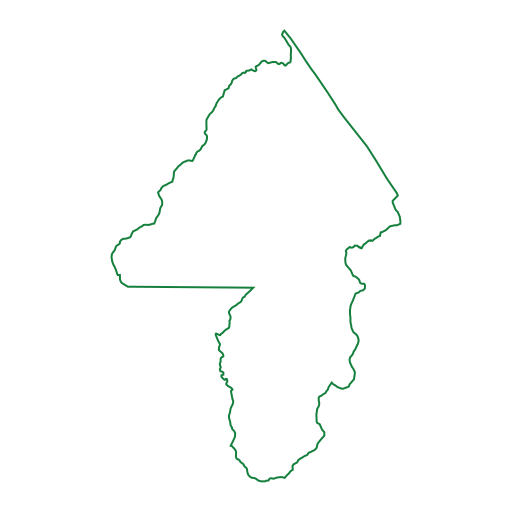 Matina, Limón, Costa Rica (Natural Earth projection)
{"feature_id": "36466004B83376986375247", "entity_name": "Matina", "entity_type": "district", "adm_level": 2, "iso_a3": "CRI", "parent_name": "Costa Rica", "parent_adm1": "Limón", "projection": "natural_earth1", "projection_center": [-83.304, 10.011], "detail": "fine", "context": "isolated", "style": "outline", "palette": "green", "viewbox_px": 512, "rotation_deg": 0, "n_neighbors": 0, "source": "geoboundaries", "source_scale": "gbopen_adm2", "svg_char_len": 6038}
<svg xmlns="http://www.w3.org/2000/svg" viewBox="0 0 512 512"><path d="M392.7,200.8L397.8,195.6L396.7,192.9L387.0,178.8L376.4,161.2L367.0,146.4L344.1,117.4L338.1,109.3L335.4,104.5L327.5,92.3L315.2,74.2L311.4,69.2L305.5,60.5L300.8,53.1L290.6,38.4L284.4,30.7L283.2,31.8L282.1,34.4L282.6,36.1L284.5,37.9L288.7,44.9L290.4,46.7L290.8,47.9L291.0,49.0L291.0,52.5L290.8,53.2L290.9,59.1L290.6,59.9L290.6,61.6L290.1,62.4L288.4,62.9L286.8,64.2L285.9,65.4L285.2,65.6L284.4,65.1L283.3,63.6L281.7,62.9L281.0,62.9L279.3,64.1L278.0,63.9L277.4,63.2L275.8,62.0L272.1,62.1L268.7,63.1L268.0,63.1L265.1,60.8L263.6,60.7L261.6,61.5L261.0,62.5L260.0,63.4L259.2,64.6L257.4,65.8L256.6,66.0L255.7,66.7L255.7,67.5L256.3,69.4L256.3,70.4L255.2,71.2L254.3,71.0L252.3,70.1L251.5,69.4L250.4,69.8L249.8,70.3L248.7,70.6L246.4,70.8L246.0,71.3L245.7,72.4L245.4,72.7L244.6,72.9L244.4,72.7L243.4,72.7L242.4,73.0L241.4,74.1L239.7,75.5L237.6,76.5L236.0,78.1L233.6,78.8L232.2,80.7L231.8,82.4L231.0,84.1L229.1,85.9L228.6,88.3L224.7,90.2L222.9,96.5L220.7,97.7L219.0,99.4L216.7,103.1L215.9,104.8L215.9,105.7L215.4,106.3L214.3,108.1L213.1,110.7L212.2,111.9L209.6,114.3L209.4,114.9L208.4,116.2L208.1,117.0L206.6,119.4L206.4,120.6L206.4,124.7L206.6,129.1L206.4,129.9L204.7,132.1L204.7,133.0L204.9,133.5L206.6,135.3L207.0,136.3L206.9,139.4L205.7,142.6L204.4,144.5L202.2,146.1L202.2,146.5L201.4,147.6L200.9,148.9L199.5,150.5L197.9,151.3L196.8,152.2L196.3,152.9L195.8,154.6L195.1,155.1L194.5,157.0L193.7,158.3L193.3,159.7L192.3,161.0L189.0,160.4L187.7,160.5L186.7,160.8L186.2,161.3L184.6,161.6L182.2,163.0L181.1,164.2L178.3,166.4L178.2,166.7L177.8,167.0L177.1,168.0L174.1,171.5L173.5,177.7L172.6,180.1L172.6,180.9L172.3,181.7L169.0,183.1L167.8,183.8L166.8,184.5L164.2,185.6L162.4,186.7L162.1,187.4L161.2,188.3L160.7,189.8L158.1,192.3L158.1,192.7L158.9,195.2L159.6,196.6L161.5,199.4L161.9,200.5L162.2,202.7L162.1,205.1L160.9,206.9L160.3,208.1L159.3,213.4L158.4,215.0L156.0,218.4L155.4,220.8L155.0,221.5L154.3,223.5L152.2,223.9L149.1,224.9L144.5,224.8L143.5,225.0L142.4,225.9L142.2,226.3L140.7,226.8L139.3,227.7L137.5,229.2L133.0,231.5L131.4,234.6L130.8,236.5L129.7,237.5L126.1,238.6L122.9,238.9L121.1,240.1L119.9,241.7L119.9,243.2L119.5,243.8L116.6,245.8L115.9,246.7L114.7,250.1L113.7,251.6L113.3,251.9L112.6,252.9L112.1,253.9L111.6,255.8L111.6,257.6L112.2,261.4L112.8,263.1L113.4,264.7L114.3,266.1L115.2,268.3L115.7,269.2L117.4,274.4L117.8,275.1L119.9,275.0L120.0,279.6L120.9,281.8L121.6,282.8L127.8,286.7L253.2,287.7L249.7,291.2L245.7,294.8L244.5,296.9L243.0,297.5L242.7,297.8L241.3,301.2L240.5,302.1L238.7,303.1L237.4,304.2L237.0,304.4L236.0,305.4L233.3,306.8L232.2,307.6L231.1,308.6L229.3,311.0L229.0,311.8L229.0,313.0L230.5,316.5L230.5,318.8L229.4,321.0L229.6,321.6L229.6,323.5L229.3,325.3L229.3,326.7L228.8,327.9L228.4,328.3L227.4,328.7L224.8,330.5L222.5,333.0L220.9,333.9L220.2,335.2L219.9,335.2L216.3,333.6L215.8,333.7L215.8,335.1L216.3,336.4L218.5,341.6L219.9,343.9L219.8,345.2L219.0,347.3L218.9,350.1L222.5,353.3L223.3,355.2L223.3,356.3L223.1,356.6L221.5,357.3L220.8,358.3L220.6,359.3L220.6,361.7L219.9,363.5L220.0,365.6L220.7,366.9L220.7,367.5L219.9,369.2L220.1,370.5L220.6,371.3L222.4,371.8L223.4,372.6L223.3,374.7L221.4,375.3L221.4,376.6L223.1,378.7L224.6,379.8L225.1,379.8L225.8,378.9L226.8,379.1L227.1,379.4L227.3,381.5L226.2,383.6L226.4,384.5L227.7,385.8L231.1,387.8L232.2,388.9L232.4,389.5L232.4,389.8L231.8,390.0L231.3,390.5L231.0,391.4L232.5,399.3L233.2,400.7L233.1,402.4L232.6,404.6L231.8,405.9L230.5,408.9L230.0,412.5L229.0,415.4L229.0,417.7L230.2,422.1L230.6,425.4L231.9,427.4L232.1,428.7L232.6,429.5L233.9,430.8L235.1,432.8L235.0,436.6L234.1,438.8L230.7,445.8L232.3,446.4L233.3,447.7L234.2,448.4L235.6,450.5L236.1,452.1L235.9,456.8L236.6,458.6L237.4,459.2L238.4,459.4L239.3,460.1L240.5,462.0L243.4,464.2L244.0,465.3L244.4,466.4L246.3,467.8L247.0,469.3L247.4,472.3L248.2,474.7L249.0,475.7L250.5,477.1L251.9,477.8L254.4,478.0L256.2,478.9L258.2,480.5L260.9,481.3L265.2,481.3L266.1,480.7L268.2,480.6L268.6,480.3L269.4,478.9L270.5,478.3L271.9,478.3L273.5,478.8L276.4,477.7L280.1,477.1L282.2,477.1L284.6,477.9L287.4,474.7L288.7,473.7L290.5,471.2L292.7,469.8L292.7,467.8L292.5,467.0L292.5,466.0L293.5,464.4L297.3,462.3L298.2,460.1L300.9,458.2L301.2,458.2L304.7,456.0L307.1,455.0L308.5,452.9L311.7,451.5L312.2,451.1L314.0,450.4L315.2,449.5L316.7,447.7L317.4,444.3L317.9,443.2L322.3,437.8L323.4,436.9L324.3,435.5L324.4,432.7L324.3,432.2L322.4,430.1L321.8,429.1L319.7,424.2L317.2,422.9L316.7,421.8L316.4,414.7L317.1,409.3L317.5,408.3L318.4,406.9L319.0,405.3L319.2,404.1L319.2,402.8L318.7,400.3L318.7,398.1L318.9,397.2L320.0,396.2L321.8,395.5L323.2,394.2L325.5,393.0L326.3,391.3L327.7,389.8L328.6,387.2L331.7,382.6L333.5,384.5L334.9,385.1L337.7,387.2L341.5,388.6L343.2,388.7L348.7,386.6L349.7,384.2L354.0,379.3L354.9,372.8L354.8,371.9L353.1,368.4L351.9,366.9L351.4,365.5L350.1,362.8L349.5,359.7L350.2,357.2L352.2,355.0L353.2,353.1L353.6,351.7L355.2,349.3L356.5,346.7L357.2,344.8L357.8,344.1L358.6,341.2L358.6,339.9L357.8,336.8L357.0,335.4L355.6,333.9L353.6,332.4L351.8,328.7L351.4,327.2L351.1,324.7L350.5,322.7L350.4,317.3L350.0,313.9L350.0,309.4L350.3,308.6L350.4,306.7L351.4,303.6L352.3,301.9L355.6,293.5L358.3,292.6L358.9,292.3L360.3,290.9L362.7,290.4L364.0,289.5L364.9,288.2L365.0,285.4L364.8,284.7L364.1,283.8L361.9,283.7L360.4,283.1L359.9,282.2L359.3,280.2L358.7,279.2L356.1,277.0L355.0,276.4L353.5,276.1L352.4,274.2L350.8,270.4L346.1,264.9L345.5,262.9L345.2,258.8L346.4,253.2L346.3,252.3L345.9,251.4L345.9,250.6L346.8,249.4L349.7,247.0L350.5,247.6L352.7,247.5L354.4,246.3L354.7,245.6L357.6,245.8L358.4,246.6L358.7,247.2L359.6,247.0L360.0,247.2L360.4,248.1L361.6,248.3L361.9,248.0L362.4,246.8L363.8,244.5L365.8,243.2L367.2,241.9L369.0,240.5L370.2,240.4L370.4,240.9L370.7,240.9L371.6,240.4L372.5,240.8L374.9,238.6L376.2,238.0L378.2,236.6L380.1,235.8L380.3,233.8L380.8,232.3L381.6,232.3L385.8,230.2L390.0,226.3L395.1,225.2L396.9,225.3L400.3,223.8L400.4,221.2L399.8,216.8L397.8,212.1L395.6,209.7L392.7,202.6L392.7,200.8Z" fill="none" stroke="#15803d" stroke-width="2"/></svg>